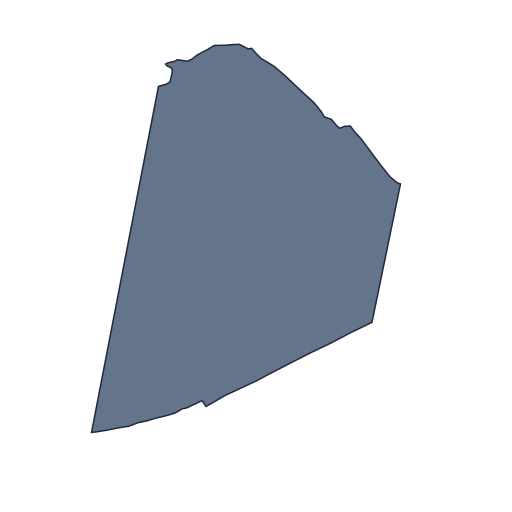 Tesker, Zinder, Niger, rotated 191°
{"feature_id": "23599985B16015640173227", "entity_name": "Tesker", "entity_type": "district", "adm_level": 2, "iso_a3": "NER", "parent_name": "Niger", "parent_adm1": "Zinder", "projection": "robinson", "projection_center": [11.083, 15.833], "detail": "fine", "context": "isolated", "style": "filled", "palette": "slate", "viewbox_px": 512, "rotation_deg": 191, "n_neighbors": 0, "source": "geoboundaries", "source_scale": "gbopen_adm2", "svg_char_len": 1030}
<svg xmlns="http://www.w3.org/2000/svg" viewBox="0 0 512 512"><g transform="rotate(191 256 256)"><path d="M276.3,98.7L275.0,99.9L259.2,113.6L230.9,134.2L222.1,141.4L203.2,156.4L183.7,171.6L165.8,184.9L148.2,199.0L129.5,213.0L127.9,354.3L130.7,354.7L133.2,355.8L139.7,359.4L151.5,369.5L165.7,382.4L176.0,391.8L182.0,395.9L188.2,401.6L193.5,400.3L198.2,397.4L201.8,399.4L208.1,404.5L215.6,405.7L219.5,410.2L228.7,417.8L243.2,426.7L263.0,439.2L274.0,445.4L283.1,448.9L288.4,450.7L295.2,455.3L299.8,459.0L303.1,457.8L312.8,460.6L318.7,459.2L326.5,457.0L337.2,454.7L343.0,449.4L351.9,442.3L352.4,441.8L353.0,441.0L356.3,437.1L360.7,434.1L370.6,433.7L373.6,431.2L379.5,428.8L381.4,427.1L379.6,425.6L376.0,424.8L374.0,423.5L373.3,420.8L373.6,410.4L377.4,407.2L380.9,405.6L384.1,403.8L383.8,51.4L379.4,52.8L369.1,56.6L358.6,60.9L353.3,62.9L348.1,64.7L340.3,69.7L331.8,73.3L323.1,77.9L318.0,80.1L312.1,82.9L305.1,86.7L298.9,92.2L295.8,93.2L285.3,100.8L281.4,103.7L276.3,98.7Z" fill="#64748b" stroke="#1e293b" stroke-width="1.5"/></g></svg>